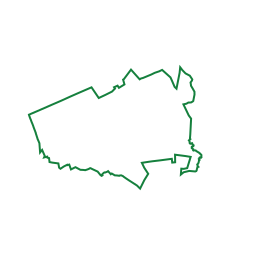 Berzovia, Caras-Severin, Romania (Natural Earth projection), rotated 46°
{"feature_id": "2599482B54614401056167", "entity_name": "Berzovia", "entity_type": "district", "adm_level": 2, "iso_a3": "ROU", "parent_name": "Romania", "parent_adm1": "Caras-Severin", "projection": "natural_earth1", "projection_center": [21.6, 45.4], "detail": "fine", "context": "isolated", "style": "outline", "palette": "green", "viewbox_px": 256, "rotation_deg": 46, "n_neighbors": 0, "source": "geoboundaries", "source_scale": "gbopen_adm2", "svg_char_len": 3052}
<svg xmlns="http://www.w3.org/2000/svg" viewBox="0 0 256 256"><g transform="rotate(46 128 128)"><path d="M206.0,109.8L206.4,108.8L206.1,107.9L205.4,107.0L204.9,106.0L204.4,105.4L204.7,104.7L204.8,104.4L204.6,104.4L203.4,104.1L202.3,103.5L202.4,102.6L202.1,102.0L202.1,101.5L201.4,100.5L200.5,99.3L200.8,98.9L200.7,98.7L200.2,98.5L199.5,98.5L199.5,98.1L199.5,97.5L199.0,97.2L199.1,96.6L199.7,96.3L200.1,96.1L200.1,95.5L199.1,94.7L198.6,94.1L198.0,93.8L197.1,94.1L196.4,93.9L196.1,93.9L195.7,94.1L194.8,94.1L194.1,94.4L193.2,94.5L192.4,94.9L191.2,94.9L190.5,95.5L189.7,96.2L189.6,96.6L189.3,96.6L189.1,96.2L188.6,95.8L188.0,96.0L186.7,96.1L186.3,95.7L185.8,95.1L186.3,94.5L186.4,93.8L186.4,93.4L186.3,93.1L185.9,92.8L185.7,92.9L185.0,93.0L184.7,93.0L184.3,92.8L184.0,92.6L183.5,92.4L183.1,93.0L183.2,93.3L182.9,93.7L182.6,94.1L181.9,94.2L181.4,93.9L180.4,93.0L179.2,92.8L179.3,91.6L179.3,91.0L178.9,91.1L176.1,87.9L173.3,84.9L165.1,76.1L161.2,75.6L149.5,71.7L150.6,69.9L151.1,69.1L151.6,66.9L152.3,66.2L153.4,64.9L153.5,64.7L153.6,64.1L153.8,63.5L153.9,62.7L153.9,62.3L152.0,59.6L150.2,57.0L148.6,55.5L148.1,55.0L144.7,54.1L141.3,53.3L140.9,52.9L140.5,52.6L138.7,51.4L138.6,50.6L138.3,49.0L137.7,48.0L133.3,47.2L128.7,48.7L126.0,48.7L123.9,48.7L122.6,48.5L120.6,48.3L124.2,52.6L133.4,65.8L130.8,65.9L124.2,63.4L121.1,62.3L109.9,63.1L108.9,66.2L106.9,70.4L105.7,74.1L102.4,82.5L101.4,84.3L101.1,85.8L88.1,85.3L90.0,97.0L89.8,97.9L94.2,100.3L92.8,106.6L90.3,106.1L89.0,109.7L90.6,110.0L90.7,114.2L88.5,121.2L86.1,128.2L73.4,126.0L68.0,140.4L65.2,148.0L61.9,157.3L58.5,166.3L52.7,181.9L49.6,190.0L50.3,190.4L50.8,190.6L52.5,191.4L53.5,191.8L54.2,192.1L54.4,192.1L55.2,192.5L56.8,193.2L58.4,193.8L59.8,194.4L61.0,194.9L61.5,195.2L62.2,195.5L65.0,196.7L66.0,197.1L67.4,197.8L67.6,197.8L67.8,198.0L68.3,198.3L69.2,198.7L71.2,199.7L72.1,200.1L72.9,200.6L73.1,200.7L73.3,200.7L73.5,200.8L73.8,200.9L74.0,201.0L74.3,201.1L74.6,201.2L77.4,202.3L84.5,208.2L84.1,205.0L90.3,207.3L90.9,208.8L92.5,206.0L93.4,206.6L94.8,205.7L98.0,208.1L100.3,206.5L105.1,202.7L108.7,205.1L110.4,204.9L111.1,200.9L112.2,197.3L112.6,197.4L113.5,195.7L118.2,197.8L119.3,194.2L119.7,193.0L124.7,191.4L125.0,191.3L125.5,190.8L127.2,189.2L128.2,188.4L128.6,188.1L129.4,186.5L130.1,184.9L130.2,184.6L130.6,183.1L131.0,182.8L132.0,182.5L138.3,180.1L142.9,180.5L143.7,180.3L144.1,180.2L144.3,179.3L143.9,179.2L143.5,179.1L143.4,178.5L143.4,178.2L143.4,176.6L143.6,175.8L144.3,175.1L144.6,174.3L145.1,173.2L145.2,172.3L147.2,172.4L149.3,172.5L149.3,171.5L149.5,171.3L150.7,171.0L151.6,170.7L152.2,170.6L152.7,170.5L153.2,170.1L153.5,169.8L155.1,168.4L156.3,167.5L156.4,167.0L156.7,166.6L157.3,165.8L157.6,165.7L158.7,165.2L159.4,165.0L159.9,165.0L163.0,164.4L166.7,163.6L175.6,161.5L180.0,161.4L176.8,152.4L175.0,145.3L167.8,143.9L162.7,142.2L166.6,136.7L168.7,133.8L173.5,127.5L180.6,117.9L183.6,120.2L185.4,117.9L179.9,112.7L187.9,106.3L192.3,103.0L198.0,113.3L196.1,116.3L194.3,117.9L198.2,122.3L198.5,118.7L201.4,113.8L206.0,109.8Z" fill="none" stroke="#15803d" stroke-width="2"/></g></svg>